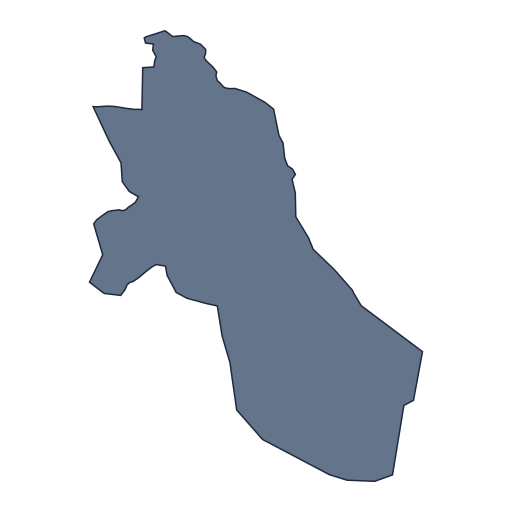 outline of Bodinga, Sokoto, Nigeria
{"feature_id": "59680162B56562801938729", "entity_name": "Bodinga", "entity_type": "district", "adm_level": 2, "iso_a3": "NGA", "parent_name": "Nigeria", "parent_adm1": "Sokoto", "projection": "natural_earth1", "projection_center": [5.162, 12.807], "detail": "fine", "context": "isolated", "style": "filled", "palette": "slate", "viewbox_px": 512, "rotation_deg": 0, "n_neighbors": 0, "source": "geoboundaries", "source_scale": "gbopen_adm2", "svg_char_len": 1440}
<svg xmlns="http://www.w3.org/2000/svg" viewBox="0 0 512 512"><path d="M120.7,295.4L123.4,291.8L125.0,289.7L125.7,288.1L127.0,284.9L129.9,282.4L133.1,281.5L138.6,277.7L144.7,272.6L150.6,267.9L152.9,266.3L156.2,264.6L165.5,266.1L167.1,275.4L173.6,287.5L176.1,292.4L187.0,298.3L206.6,303.6L217.3,305.9L222.1,335.9L230.0,362.7L231.1,370.9L236.7,410.0L262.6,439.5L329.4,474.7L347.1,480.2L374.7,481.3L392.5,474.9L403.9,405.4L413.5,400.3L422.5,351.7L361.2,305.7L353.5,292.8L352.3,290.0L348.6,285.9L334.2,269.5L313.2,249.4L308.4,237.5L308.2,237.3L295.8,216.8L295.3,192.9L292.1,179.3L295.4,174.4L292.4,169.0L287.6,165.8L284.7,158.1L283.0,142.9L279.0,135.6L273.6,109.1L264.9,102.3L246.7,92.2L235.1,88.5L229.1,88.6L224.6,87.7L222.4,85.7L219.7,82.6L217.4,80.8L215.9,75.7L216.7,72.0L213.2,67.3L206.0,60.5L204.1,57.6L205.6,53.5L205.7,49.5L200.5,44.2L193.5,41.5L190.2,38.5L187.5,36.6L183.9,35.6L177.9,36.0L172.9,36.6L165.0,30.7L145.5,37.0L144.2,38.1L145.6,43.1L153.4,44.0L152.7,50.3L156.2,56.7L154.6,61.1L154.0,66.9L142.7,67.7L141.9,109.6L138.5,109.3L134.8,109.4L126.0,108.3L115.0,106.5L107.3,106.1L97.1,106.8L93.1,106.6L109.1,141.0L121.0,162.8L122.3,181.7L129.2,191.4L138.4,196.8L135.4,202.3L131.0,205.5L129.8,206.2L128.0,207.5L126.4,209.1L124.6,210.2L121.9,210.7L119.4,209.8L111.7,210.7L107.6,211.8L101.9,215.8L96.6,219.9L93.7,223.9L102.7,254.8L89.5,282.2L103.4,292.9L104.5,293.5L120.7,295.4Z" fill="#64748b" stroke="#1e293b" stroke-width="1.5"/></svg>